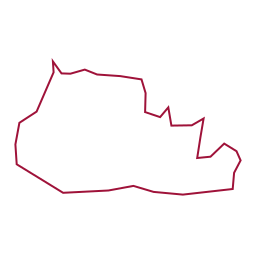 Angor, Surkhandarya, Uzbekistan
{"feature_id": "79887680B78109356235747", "entity_name": "Angor", "entity_type": "district", "adm_level": 2, "iso_a3": "UZB", "parent_name": "Uzbekistan", "parent_adm1": "Surkhandarya", "projection": "mercator", "projection_center": [67.302, 37.452], "detail": "fine", "context": "isolated", "style": "outline", "palette": "rose", "viewbox_px": 256, "rotation_deg": 0, "n_neighbors": 0, "source": "geoboundaries", "source_scale": "gbopen_adm2", "svg_char_len": 503}
<svg xmlns="http://www.w3.org/2000/svg" viewBox="0 0 256 256"><path d="M232.7,189.0L234.1,172.8L240.6,160.4L236.5,151.2L224.2,143.6L210.5,156.7L197.2,158.0L200.4,137.4L203.6,118.5L191.8,125.3L171.4,125.6L168.3,107.4L160.1,117.1L145.1,112.1L145.6,93.1L141.5,79.4L120.2,76.1L97.1,74.5L84.8,69.6L70.4,73.7L61.5,73.4L52.9,61.4L53.6,72.3L36.6,111.6L19.4,122.8L15.4,144.4L16.7,164.3L63.1,192.8L108.4,190.5L133.4,185.9L153.6,191.9L182.9,194.6L232.7,189.0Z" fill="none" stroke="#9f1239" stroke-width="2"/></svg>